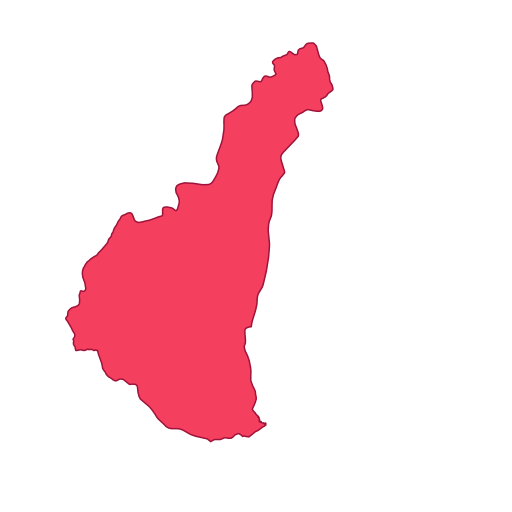 Non Din Daeng, Buri Ram, Thailand (Mercator projection), rotated 134°
{"feature_id": "78962969B2279704281351", "entity_name": "Non Din Daeng", "entity_type": "district", "adm_level": 2, "iso_a3": "THA", "parent_name": "Thailand", "parent_adm1": "Buri Ram", "projection": "mercator", "projection_center": [102.673, 14.254], "detail": "fine", "context": "isolated", "style": "filled", "palette": "rose", "viewbox_px": 512, "rotation_deg": 134, "n_neighbors": 0, "source": "geoboundaries", "source_scale": "gbopen_adm2", "svg_char_len": 6102}
<svg xmlns="http://www.w3.org/2000/svg" viewBox="0 0 512 512"><g transform="rotate(134 256 256)"><path d="M370.8,131.6L370.9,132.3L369.8,132.4L369.7,132.7L370.3,132.8L369.9,133.3L369.9,133.5L370.3,133.6L370.8,133.5L371.1,134.4L371.0,134.9L371.5,135.1L371.9,135.9L371.9,136.5L372.3,137.1L371.9,137.3L372.2,137.5L372.1,137.8L372.6,138.0L372.7,138.3L372.0,138.6L371.9,138.9L372.3,138.7L372.4,139.1L371.6,139.7L371.1,139.9L371.0,140.8L370.3,141.2L370.5,142.6L370.2,142.7L369.9,142.4L369.8,142.6L369.7,143.1L369.9,144.1L369.8,144.4L369.9,144.8L369.7,145.6L369.9,146.3L369.4,147.3L369.4,149.5L369.0,151.6L368.7,152.3L363.7,154.1L361.5,155.0L358.7,156.5L357.6,157.6L355.7,160.3L354.0,162.3L352.9,164.7L351.9,167.7L350.9,169.9L349.5,172.7L348.3,174.2L341.9,180.1L339.6,183.0L337.0,186.7L336.1,188.0L333.7,192.7L331.9,197.6L330.6,199.9L329.2,201.6L328.3,202.2L326.7,202.8L325.6,203.5L323.7,205.3L319.4,210.2L317.3,212.3L316.3,212.9L315.5,213.0L314.5,212.9L312.1,211.8L310.1,210.3L307.7,212.1L304.3,214.1L295.7,218.4L291.6,220.9L289.9,222.0L285.0,226.2L283.1,227.4L281.8,228.0L280.4,228.4L273.9,229.9L271.4,231.1L259.8,238.0L248.0,246.2L240.1,252.7L237.9,254.7L229.3,264.8L226.2,267.5L224.6,268.8L222.0,270.5L216.9,272.6L215.3,273.6L212.5,275.8L207.3,280.7L204.5,283.2L199.9,286.0L198.2,286.8L192.1,289.3L188.6,290.9L184.9,292.3L182.4,292.8L180.3,292.8L176.8,293.1L176.1,293.4L175.4,294.1L169.8,304.2L168.6,305.9L167.9,306.6L165.9,307.9L164.4,308.2L162.6,308.4L145.6,308.5L140.4,308.8L139.8,309.2L139.3,309.6L138.2,310.9L135.3,316.6L134.4,318.8L133.8,319.8L132.5,321.4L131.2,322.7L130.2,323.5L129.5,323.7L127.4,324.0L125.6,324.0L124.4,323.8L120.6,322.3L116.7,321.5L115.2,320.8L114.1,319.6L112.1,316.3L109.9,313.2L108.1,311.1L107.3,310.5L106.1,310.0L104.4,310.1L103.9,310.3L103.0,311.0L102.1,312.3L99.4,317.3L98.2,318.2L97.2,318.1L96.2,317.5L93.0,316.6L91.3,316.6L89.5,317.0L88.8,317.0L84.5,316.2L82.9,316.3L81.9,317.2L80.3,319.8L79.9,320.9L79.3,323.2L78.4,324.9L77.6,326.0L75.7,327.9L74.7,329.7L73.4,332.5L71.6,335.0L70.1,337.9L69.1,340.7L68.4,343.1L69.0,346.1L68.8,348.1L67.6,350.7L63.2,358.1L62.9,359.2L62.9,362.0L62.9,362.4L63.2,363.0L66.3,366.0L67.6,366.7L68.5,367.0L69.5,367.0L72.1,366.6L73.1,366.6L74.0,366.9L76.5,368.4L78.2,368.6L79.2,368.3L81.5,366.7L82.2,366.5L82.6,366.6L83.3,367.0L84.4,368.2L84.6,369.2L85.1,372.6L85.3,373.4L85.8,374.2L86.6,374.4L89.2,373.7L90.0,373.8L93.9,375.6L96.0,376.0L97.8,377.6L98.8,378.2L100.6,378.8L101.8,379.1L104.2,379.1L104.8,378.9L105.4,378.3L105.8,377.6L105.9,375.7L106.2,374.9L106.7,374.4L109.1,372.7L109.9,371.5L111.0,368.5L111.4,368.0L112.0,367.9L113.6,368.2L116.7,369.4L117.4,369.9L117.9,370.5L118.8,372.5L119.5,373.6L120.1,374.3L120.7,374.7L121.8,374.8L123.4,374.6L126.0,373.7L127.3,373.7L128.1,374.4L129.1,376.2L130.1,377.5L130.7,378.0L131.4,378.1L134.2,378.1L135.7,377.7L136.3,377.3L137.9,375.7L140.8,372.4L144.3,369.0L146.7,367.7L147.9,367.2L149.4,367.0L152.0,367.3L153.4,367.7L155.1,368.6L158.5,371.7L160.9,372.7L164.7,373.0L167.4,373.4L171.2,374.3L175.1,375.5L177.5,375.5L178.8,374.9L182.0,372.1L184.3,369.7L187.3,366.9L195.3,361.2L198.0,359.7L202.8,357.5L209.5,354.6L211.8,353.4L213.0,352.6L214.3,351.2L215.1,350.1L217.1,345.3L217.9,344.3L218.9,343.5L222.3,341.6L224.4,340.8L227.2,340.0L231.8,338.9L233.0,338.7L234.8,338.7L236.7,339.3L237.7,339.9L240.7,342.8L242.1,344.3L247.3,351.6L253.1,358.3L256.9,360.6L258.7,361.4L260.8,361.7L262.1,361.2L263.4,360.5L264.2,359.7L266.0,357.3L266.8,354.7L267.8,352.3L269.4,349.8L270.9,348.3L275.8,345.6L277.3,345.0L278.2,344.8L278.9,345.1L279.4,346.3L279.5,348.5L280.1,350.3L282.6,354.2L285.0,356.1L285.7,356.2L287.1,355.8L291.3,351.8L292.0,351.4L292.7,351.6L295.8,353.5L298.6,354.7L304.2,357.5L308.1,360.1L310.9,361.8L312.9,363.3L313.8,364.3L314.2,365.3L314.6,366.7L314.7,367.8L314.6,368.4L312.7,372.1L312.1,373.9L311.9,374.6L312.0,375.9L312.3,376.5L312.8,377.0L313.8,377.8L314.9,378.3L316.8,378.9L319.5,380.1L321.0,380.4L324.0,379.5L326.6,379.2L330.8,377.8L332.5,377.6L334.3,377.2L336.4,376.4L338.0,375.5L338.7,375.3L339.7,375.3L341.0,374.7L342.3,373.8L346.3,373.6L349.1,372.2L350.6,371.9L358.8,371.4L363.2,371.5L365.4,371.1L366.6,371.2L369.0,372.0L370.1,372.2L371.6,372.6L373.8,372.9L375.8,372.9L377.4,373.3L380.8,372.8L382.9,372.0L384.4,371.9L385.6,371.2L386.7,370.8L389.1,368.9L391.6,365.8L393.1,362.8L393.9,360.9L397.5,356.0L399.0,355.1L399.5,355.0L400.6,355.1L401.2,355.4L402.6,357.7L403.1,357.9L403.5,357.8L405.2,356.7L406.5,356.3L407.1,355.8L408.0,354.9L409.8,352.6L413.0,349.9L413.6,349.7L415.0,349.7L416.6,350.1L417.9,350.6L420.7,352.3L421.5,352.6L424.2,352.9L426.3,352.7L427.0,352.3L429.8,350.1L430.4,349.9L432.2,349.9L432.9,349.5L433.4,349.0L433.6,348.5L433.9,345.8L434.2,345.3L435.6,340.0L437.2,335.7L437.9,332.7L438.7,331.5L439.2,331.0L439.9,330.5L442.9,329.8L443.3,329.2L443.7,328.1L444.1,327.7L445.3,327.1L446.5,325.6L446.9,323.5L447.2,322.8L447.9,322.0L449.1,320.1L448.9,319.7L448.6,319.4L446.3,317.8L444.8,316.5L444.2,315.0L443.0,313.7L442.1,313.2L440.0,312.4L439.8,311.6L439.3,311.4L439.0,311.1L438.6,310.3L437.6,309.6L437.0,308.7L436.9,307.7L436.5,306.9L436.0,306.5L435.3,306.5L435.0,306.3L434.9,305.9L434.9,305.3L434.2,304.8L434.1,304.3L436.1,301.1L440.4,292.3L443.3,288.3L443.8,286.9L444.3,283.7L445.1,281.6L445.3,279.9L445.3,278.3L444.6,275.2L444.3,272.6L443.8,271.0L443.1,270.0L442.2,269.5L440.3,269.0L439.2,268.4L438.6,268.0L437.3,266.3L437.0,265.4L436.8,264.2L436.3,258.1L436.0,257.5L434.6,256.4L432.8,254.5L432.0,253.3L432.0,252.5L432.0,251.6L432.1,251.1L432.6,250.3L436.0,246.2L438.3,242.5L439.2,239.9L438.5,227.8L439.0,223.3L439.9,218.8L440.8,215.5L441.1,213.6L441.0,205.9L441.1,202.0L440.4,199.4L439.5,197.7L438.3,196.2L435.9,193.8L433.8,191.4L432.8,189.6L431.9,187.3L429.8,179.1L427.7,174.4L421.4,164.0L421.0,159.7L418.3,158.9L416.8,158.3L412.8,154.2L408.3,152.2L406.1,149.0L404.3,147.3L402.5,146.9L399.0,146.8L396.1,145.4L395.6,144.7L395.4,143.5L395.2,143.2L395.1,141.1L394.9,140.6L395.0,140.2L394.2,139.9L393.8,139.5L392.5,137.4L391.1,135.5L386.5,134.8L383.5,134.5L382.5,134.3L380.0,133.3L373.9,132.3L372.8,131.8L370.8,131.6Z" fill="#f43f5e" stroke="#9f1239" stroke-width="1.5"/></g></svg>